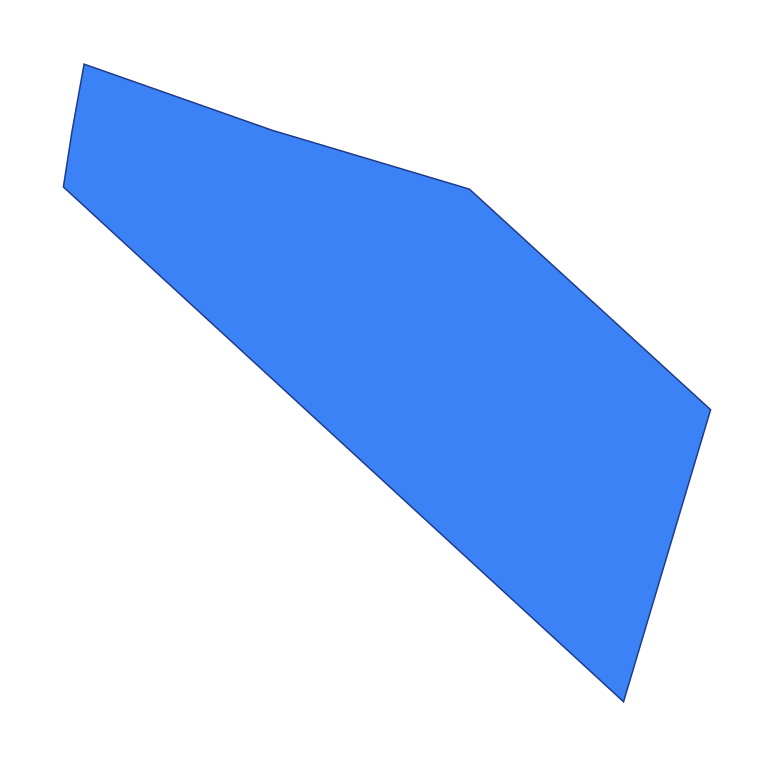 outline of Nibok, rotated 182°
{"feature_id": "NRU-4974", "entity_name": "Nibok", "entity_type": "state/province", "adm_level": 1, "iso_a3": "NRU", "parent_name": "Nauru", "parent_adm1": "", "projection": "albers", "projection_center": [166.924, -0.513], "detail": "fine", "context": "isolated", "style": "filled", "palette": "blue", "viewbox_px": 768, "rotation_deg": 182, "n_neighbors": 0, "source": "natural_earth", "source_scale": "10m", "svg_char_len": 264}
<svg xmlns="http://www.w3.org/2000/svg" viewBox="0 0 768 768"><g transform="rotate(182 384 384)"><path d="M56.7,369.7L133.5,74.8L711.3,569.7L704.7,625.1L694.9,693.2L505.1,633.8L305.4,581.7L56.7,369.7Z" fill="#3b82f6" stroke="#1e3a8a" stroke-width="1.5"/></g></svg>